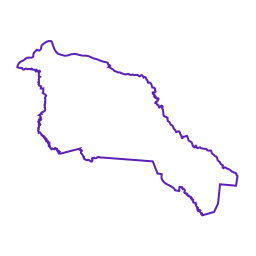 Esquina, Corrientes, Argentina, rotated 85°
{"feature_id": "61730980B30976551851614", "entity_name": "Esquina", "entity_type": "district", "adm_level": 2, "iso_a3": "ARG", "parent_name": "Argentina", "parent_adm1": "Corrientes", "projection": "albers", "projection_center": [-59.269, -29.952], "detail": "fine", "context": "isolated", "style": "outline", "palette": "violet", "viewbox_px": 256, "rotation_deg": 85, "n_neighbors": 0, "source": "geoboundaries", "source_scale": "gbopen_adm2", "svg_char_len": 5811}
<svg xmlns="http://www.w3.org/2000/svg" viewBox="0 0 256 256"><g transform="rotate(85 128 128)"><path d="M185.4,23.1L184.3,24.0L182.9,24.1L182.0,24.8L181.6,26.3L180.3,28.4L178.4,30.3L176.8,33.4L175.8,34.1L175.6,34.8L175.7,35.2L176.4,36.3L175.8,37.1L174.9,37.2L173.5,36.7L171.8,38.9L169.8,39.5L169.1,40.5L167.7,41.5L165.6,41.8L164.1,42.6L163.5,43.9L162.2,44.8L161.1,46.2L159.9,46.8L159.3,46.8L157.7,47.4L157.5,49.9L157.1,50.9L155.9,51.6L155.6,52.0L155.0,55.5L154.3,57.3L153.6,57.8L153.7,58.8L154.2,60.2L153.5,61.3L153.0,61.5L151.8,61.5L151.6,61.8L151.5,62.1L151.8,62.5L153.1,63.3L153.0,64.0L151.8,64.8L147.9,65.8L145.7,68.7L142.0,69.5L141.0,70.1L141.0,70.8L141.5,72.1L141.5,73.7L142.8,74.5L142.8,74.9L142.1,75.4L140.2,75.5L138.2,76.7L137.1,76.6L136.0,77.3L135.7,77.6L135.6,78.1L136.2,79.7L136.3,80.4L134.2,81.1L132.9,82.2L131.5,82.9L129.6,83.4L128.5,85.1L125.7,86.2L124.6,87.6L123.9,87.9L121.2,87.7L120.7,88.4L119.8,90.3L118.9,91.4L112.5,91.7L111.3,92.3L110.9,92.3L110.2,91.7L109.8,91.6L109.0,91.9L108.7,92.6L108.9,93.1L109.3,93.2L109.7,94.3L110.3,94.9L110.2,95.1L109.8,95.4L108.1,95.6L107.1,97.2L105.9,97.3L105.5,98.6L104.8,98.5L103.4,96.0L101.7,95.0L100.9,95.6L100.9,96.5L101.1,96.9L100.5,97.6L100.5,98.0L100.0,98.2L99.3,97.6L98.9,97.8L99.1,99.0L98.9,99.3L97.9,98.6L97.4,98.6L97.0,99.4L96.6,99.6L96.2,100.3L94.7,100.3L94.6,99.8L95.0,98.4L94.7,97.7L94.2,97.4L92.7,97.8L91.5,97.5L90.8,97.8L90.1,98.5L89.8,100.3L87.3,100.7L85.1,101.7L84.5,102.6L84.6,104.1L84.2,104.3L82.3,104.4L81.8,104.8L81.5,105.4L80.5,105.5L79.1,106.1L78.6,107.1L79.1,108.1L77.6,108.7L76.5,109.6L76.4,109.9L77.4,111.5L77.5,112.0L77.3,112.5L75.9,114.0L75.9,116.9L75.2,118.7L75.4,119.6L75.2,121.3L74.3,122.5L74.5,122.8L74.2,124.0L74.5,126.0L73.8,127.8L73.2,128.8L73.1,129.5L71.9,131.2L71.7,133.4L70.4,135.2L70.2,136.4L68.5,137.7L66.0,141.1L65.6,142.1L65.1,141.5L64.8,140.7L64.4,140.3L63.8,140.8L63.7,141.8L63.4,142.1L61.1,142.6L59.2,148.3L57.3,151.9L56.4,154.0L55.9,155.7L53.1,160.8L52.4,163.0L51.9,167.3L50.7,171.0L50.2,172.1L49.5,175.0L49.6,178.0L50.4,181.4L50.6,184.4L48.6,190.0L48.1,191.0L46.4,192.6L43.6,194.2L40.5,195.2L36.4,196.1L35.4,196.4L34.7,197.2L34.5,199.5L35.2,202.2L36.2,204.0L38.0,206.5L39.4,207.3L40.9,207.6L42.0,208.1L43.0,209.5L43.1,210.2L42.1,212.0L44.8,215.1L46.0,215.7L48.6,216.2L49.3,217.2L49.5,218.4L49.2,222.1L49.5,223.3L51.3,225.7L52.8,229.5L53.8,230.8L55.0,231.8L57.3,232.9L57.9,232.9L58.9,230.2L59.1,228.2L60.0,228.0L60.7,227.3L60.7,226.2L59.9,224.8L60.0,224.2L60.6,223.3L60.5,221.7L61.0,220.0L60.5,219.5L60.4,218.9L60.7,218.5L61.4,218.4L61.9,216.2L62.0,214.0L62.7,213.9L63.4,215.0L63.7,214.8L63.3,213.7L63.8,212.7L63.2,211.4L63.5,210.8L64.1,210.7L64.8,211.6L65.6,212.2L66.5,212.1L68.1,212.4L69.3,211.0L69.9,212.0L70.2,212.3L71.2,212.3L71.8,212.8L73.6,212.6L74.6,213.4L75.1,212.7L75.5,212.6L76.4,213.3L77.2,212.8L78.0,212.8L78.9,211.0L81.0,211.5L81.2,210.1L81.1,208.9L82.0,209.1L84.1,209.2L85.6,209.9L86.7,208.5L87.2,208.2L87.5,207.4L88.8,206.7L90.4,208.0L91.1,208.2L92.1,207.8L93.8,208.0L94.2,208.4L96.4,208.3L97.1,209.1L97.8,208.9L98.5,209.1L98.8,208.8L99.6,209.0L100.2,208.9L100.4,209.2L101.2,208.9L102.8,208.9L103.6,209.4L104.4,210.6L104.9,212.5L105.6,213.0L106.3,212.8L106.1,213.7L106.7,214.1L107.4,215.4L107.7,214.6L108.3,214.3L108.8,214.4L109.7,213.9L110.1,214.6L110.6,214.6L111.1,213.8L111.7,213.7L112.2,213.9L112.4,214.4L111.4,215.1L111.6,215.7L111.9,216.0L113.3,216.3L113.8,216.9L114.1,216.9L114.3,216.7L114.2,216.2L113.7,215.9L113.9,215.7L114.7,215.8L114.8,216.2L115.6,216.1L116.1,216.5L116.7,216.5L116.7,216.2L116.4,216.0L116.3,215.4L116.7,215.0L117.4,215.3L117.9,216.3L118.4,216.7L119.8,216.7L120.1,217.5L121.0,217.6L121.6,217.0L121.9,217.0L122.8,217.8L124.0,217.4L125.1,217.4L125.0,216.9L124.6,216.3L124.7,215.9L126.2,215.2L126.7,214.7L127.6,214.7L127.7,213.9L128.6,213.7L128.6,212.9L128.9,213.0L129.4,212.5L130.2,212.7L130.3,212.3L129.8,212.4L129.8,212.1L130.2,211.8L130.1,211.4L130.3,211.2L130.8,211.3L131.0,211.7L131.9,211.5L131.8,210.2L132.6,210.0L132.8,210.5L133.4,210.6L133.6,210.8L134.1,210.6L133.7,210.1L133.7,209.6L134.4,208.8L135.7,209.0L135.8,207.6L137.2,207.6L137.4,208.3L137.7,208.2L138.3,208.5L138.6,208.0L139.2,208.2L139.2,207.5L141.0,207.2L141.1,206.9L142.4,206.1L142.0,205.3L142.5,205.1L142.4,204.4L142.7,203.1L141.5,202.4L141.6,202.1L142.4,201.8L142.3,201.0L142.5,200.5L142.9,200.4L142.9,200.8L143.4,200.8L144.9,200.2L144.7,199.7L144.9,199.5L144.8,199.1L145.4,198.4L145.6,199.0L146.3,198.6L146.4,199.4L147.3,199.2L147.4,198.8L147.0,198.6L147.7,197.8L144.4,178.0L144.6,178.2L145.5,178.1L145.6,177.2L145.9,177.0L145.8,176.6L146.4,175.9L146.7,176.0L146.7,176.3L147.2,176.8L148.8,177.1L149.7,176.3L151.6,175.3L152.5,175.1L152.4,174.8L152.6,174.6L153.3,174.4L154.1,174.6L154.3,174.3L154.9,174.3L155.3,174.1L156.5,171.7L156.2,170.5L156.6,169.6L158.2,167.8L158.2,166.8L157.4,166.3L156.7,166.5L156.2,166.1L155.2,166.5L155.0,166.3L154.6,164.3L155.1,163.9L155.3,163.2L155.2,161.9L154.5,161.2L154.2,160.0L154.3,159.5L154.7,159.2L154.8,158.6L155.2,157.5L155.2,156.1L163.4,106.2L176.0,102.5L176.8,98.5L181.0,99.0L182.8,98.3L184.8,97.2L186.2,95.8L191.2,88.4L192.7,87.1L194.2,86.5L195.2,82.6L191.2,81.8L191.7,79.2L192.6,79.3L193.6,78.8L193.4,77.8L194.4,77.1L195.4,76.8L196.8,77.5L197.0,77.2L197.8,77.0L198.3,75.2L198.8,74.7L199.1,74.6L199.4,75.2L200.5,74.4L201.0,73.8L200.9,73.2L201.7,72.8L201.9,71.6L203.2,71.5L203.0,70.9L203.4,70.5L204.9,70.7L205.1,70.2L205.0,69.5L205.3,69.3L207.2,69.6L207.9,69.3L208.3,68.3L208.9,67.7L208.7,67.3L209.6,67.4L210.0,66.6L211.4,67.0L212.6,66.2L213.4,66.2L213.6,65.3L213.8,65.2L215.0,66.0L215.4,66.1L215.9,65.5L216.8,65.4L216.7,65.1L215.8,64.6L215.9,63.6L216.2,63.3L216.5,63.9L217.1,63.9L218.4,63.3L219.1,62.5L219.8,62.6L219.8,61.7L221.2,61.8L221.5,61.5L219.1,49.5L211.1,44.9L192.1,41.2L194.9,25.4L185.4,23.1Z" fill="none" stroke="#5b21b6" stroke-width="2"/></g></svg>